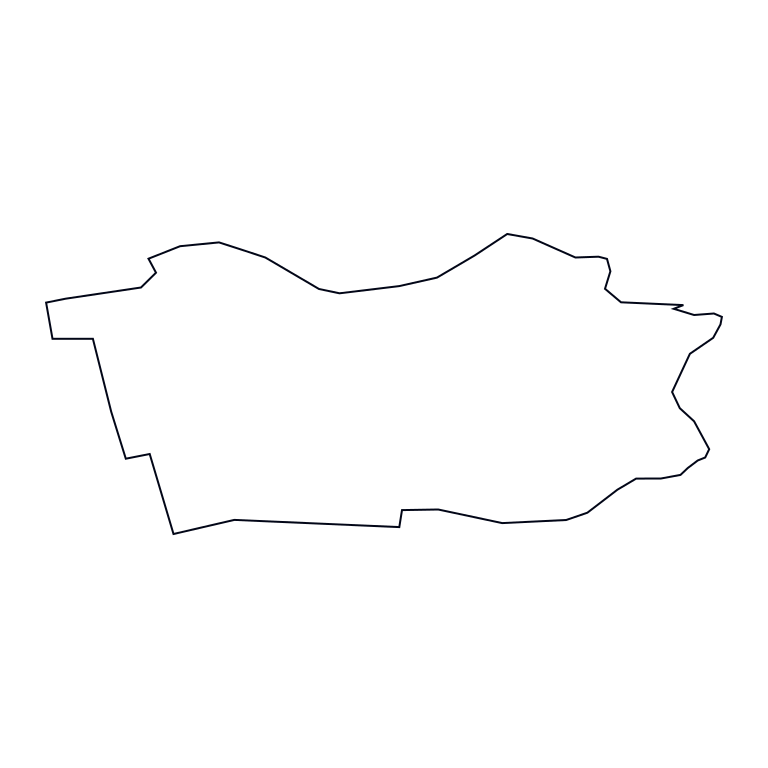 map outline of Jaunjelgavas (Robinson projection)
{"feature_id": "LVA-5732", "entity_name": "Jaunjelgavas", "entity_type": "Municipality", "adm_level": 1, "iso_a3": "LVA", "parent_name": "Latvia", "parent_adm1": "", "projection": "robinson", "projection_center": [25.345, 56.517], "detail": "fine", "context": "isolated", "style": "outline", "palette": "ink", "viewbox_px": 768, "rotation_deg": 0, "n_neighbors": 0, "source": "natural_earth", "source_scale": "10m", "svg_char_len": 794}
<svg xmlns="http://www.w3.org/2000/svg" viewBox="0 0 768 768"><path d="M46.1,302.6L65.6,298.7L141.0,287.5L156.0,272.7L148.5,258.7L180.1,246.2L219.0,242.4L240.1,249.2L265.3,257.5L291.9,273.1L319.0,289.0L339.5,293.3L399.2,286.1L437.0,277.6L474.6,255.5L507.2,234.0L532.6,238.5L575.4,257.5L598.5,256.7L607.0,258.9L610.4,271.3L605.0,288.8L621.0,302.3L683.4,305.1L673.7,308.8L694.1,315.0L713.9,313.5L721.9,316.9L720.5,324.4L713.2,337.8L689.9,353.8L672.1,392.0L679.8,408.2L694.1,421.3L709.2,449.2L705.2,457.5L697.7,460.5L687.8,468.0L680.5,474.9L661.0,478.5L636.1,478.6L617.4,489.7L587.4,512.7L566.2,520.0L502.2,523.1L438.2,509.5L402.0,510.1L399.3,527.1L234.3,519.9L173.5,534.0L149.7,454.0L125.8,458.7L111.2,411.7L92.9,338.8L52.5,338.8L46.1,302.6Z" fill="none" stroke="#020617" stroke-width="2"/></svg>